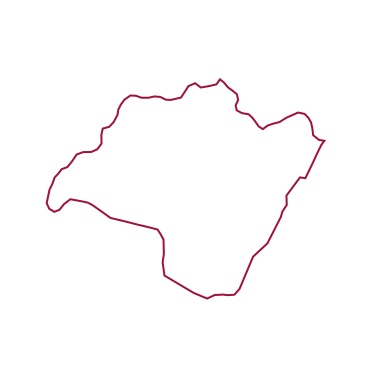 Sapeaçu, Bahia, Brazil (orthographic projection), rotated 72°
{"feature_id": "56859067B33676272778576", "entity_name": "Sapeaçu", "entity_type": "district", "adm_level": 2, "iso_a3": "BRA", "parent_name": "Brazil", "parent_adm1": "Bahia", "projection": "orthographic", "projection_center": [-39.225, -12.729], "detail": "fine", "context": "isolated", "style": "outline", "palette": "rose", "viewbox_px": 384, "rotation_deg": 72, "n_neighbors": 0, "source": "geoboundaries", "source_scale": "gbopen_adm2", "svg_char_len": 1338}
<svg xmlns="http://www.w3.org/2000/svg" viewBox="0 0 384 384"><g transform="rotate(72 192 192)"><path d="M149.2,66.6L150.6,79.7L152.5,87.0L152.1,94.5L152.2,99.6L154.1,105.2L150.1,108.4L144.4,110.1L139.9,111.7L135.6,114.1L132.4,120.1L128.1,124.3L123.1,123.7L118.8,119.7L112.9,119.1L107.9,122.3L103.7,125.4L97.7,127.8L93.5,130.6L97.2,135.5L96.4,144.3L95.3,151.4L89.5,155.4L90.2,162.6L94.0,167.3L98.8,173.3L97.9,183.5L96.1,188.4L91.8,192.8L89.5,198.2L88.9,204.3L86.8,210.8L83.1,215.7L81.2,220.7L83.3,227.7L87.0,232.8L90.8,236.6L95.6,239.0L101.2,244.8L104.4,250.5L104.1,257.3L109.8,260.6L118.0,263.1L122.1,268.8L122.8,275.4L120.4,283.3L120.7,290.1L125.8,296.7L129.8,302.8L130.0,308.8L133.0,313.2L135.7,318.1L140.9,322.1L145.8,326.8L157.8,333.7L163.9,332.9L168.3,329.1L168.0,323.6L163.9,317.3L161.3,309.9L166.6,300.1L169.8,294.5L173.6,290.8L185.5,281.9L191.5,277.5L200.3,263.1L206.1,254.0L209.4,248.5L213.6,241.7L217.1,236.3L222.4,234.9L228.5,233.8L242.2,237.9L249.9,241.7L263.0,244.0L288.6,221.5L298.0,210.5L297.0,202.3L299.1,194.4L301.2,189.7L302.8,183.4L298.8,176.7L272.4,153.9L264.1,136.1L243.2,115.2L238.7,112.2L233.6,105.9L224.6,103.3L211.5,84.8L213.9,79.9L203.1,69.5L194.9,61.9L187.2,54.5L184.2,50.3L181.8,55.0L175.5,59.2L168.2,57.8L162.6,57.3L157.6,58.3L152.5,60.8L149.2,66.6Z" fill="none" stroke="#9f1239" stroke-width="2"/></g></svg>